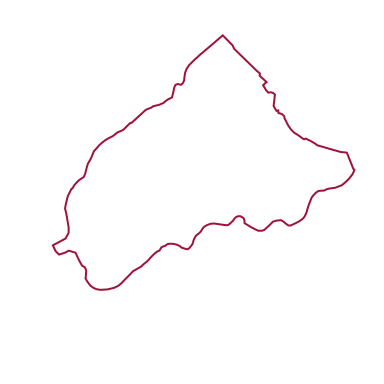 Al-Qardaha, Lattakia, Syria, rotated 317°
{"feature_id": "27442178B45607569668873", "entity_name": "Al-Qardaha", "entity_type": "district", "adm_level": 2, "iso_a3": "SYR", "parent_name": "Syria", "parent_adm1": "Lattakia", "projection": "equal_earth", "projection_center": [36.094, 35.442], "detail": "fine", "context": "isolated", "style": "outline", "palette": "rose", "viewbox_px": 384, "rotation_deg": 317, "n_neighbors": 0, "source": "geoboundaries", "source_scale": "gbopen_adm2", "svg_char_len": 3090}
<svg xmlns="http://www.w3.org/2000/svg" viewBox="0 0 384 384"><g transform="rotate(317 192 192)"><path d="M321.3,98.4L301.6,97.6L292.0,97.1L282.9,97.0L276.0,97.3L271.4,98.5L268.3,100.1L266.9,101.2L265.2,102.5L262.5,104.9L259.8,106.1L257.1,106.1L255.0,103.1L252.8,102.4L249.9,103.7L246.4,106.3L241.8,109.2L237.6,107.9L234.5,107.5L231.9,107.4L227.3,105.8L222.4,102.9L219.7,102.5L215.5,100.8L214.0,100.4L205.2,100.3L194.9,100.2L193.8,99.4L190.1,99.5L184.6,99.7L182.7,99.3L180.4,98.4L178.1,97.6L172.0,97.1L168.2,95.9L164.0,95.0L159.9,94.6L156.0,94.5L152.6,94.9L148.0,95.3L141.1,98.5L134.9,100.4L131.0,102.8L126.0,106.0L122.9,107.2L117.6,106.3L112.5,106.5L109.8,106.9L107.8,107.7L105.6,107.6L98.2,110.4L90.9,115.2L87.8,117.6L85.8,121.3L83.5,124.9L79.5,130.9L77.6,133.8L73.9,137.7L67.8,139.8L53.9,136.1L51.9,142.3L52.1,147.1L57.5,149.7L61.9,150.9L65.4,156.9L64.0,161.3L63.5,162.6L63.3,163.5L62.4,166.5L61.3,171.1L62.3,173.6L61.8,175.6L60.6,177.8L57.8,180.4L55.2,182.6L54.4,185.7L53.8,191.0L54.6,195.0L55.8,197.9L58.5,201.3L58.8,201.5L64.0,205.8L70.0,209.1L74.0,210.3L77.7,210.6L80.9,210.4L82.0,210.4L82.4,210.3L82.7,210.3L83.5,210.3L92.5,209.9L94.8,209.7L96.9,210.2L100.8,211.1L103.5,211.8L107.5,211.8L111.0,212.1L113.3,212.1L116.9,211.7L122.5,211.5L125.9,211.8L127.7,212.5L128.8,212.5L132.1,211.6L134.0,212.3L136.1,213.2L137.3,213.2L138.8,213.5L140.6,214.8L143.1,217.3L145.1,220.4L146.3,223.5L146.3,225.3L146.9,226.4L148.6,229.4L149.9,231.0L151.3,231.2L153.8,231.0L156.8,230.4L161.0,228.0L164.8,226.7L166.7,226.7L168.7,227.0L170.4,227.0L171.9,226.8L174.2,226.1L176.9,225.7L179.6,226.2L183.1,227.5L185.6,229.1L187.5,231.1L191.8,236.5L194.8,240.1L195.9,240.8L197.5,241.0L200.3,241.0L202.1,241.0L204.9,240.4L207.4,240.4L209.4,241.3L210.9,242.7L211.9,246.3L211.0,248.5L209.2,250.6L211.2,258.0L213.0,262.9L214.1,265.6L215.6,267.0L216.6,267.9L217.2,268.2L217.9,268.6L218.7,269.0L221.4,269.1L226.4,269.1L230.8,268.9L232.5,269.6L233.9,270.3L237.8,273.2L238.6,275.5L239.0,278.6L239.2,279.8L239.6,282.1L241.2,283.7L243.6,284.5L246.0,285.3L249.7,286.4L254.5,287.1L256.8,286.9L259.4,286.1L262.3,284.8L265.1,283.0L268.6,281.1L275.4,277.8L278.5,277.2L282.1,277.0L285.2,277.5L285.5,277.7L286.4,278.4L288.5,280.1L289.5,281.0L290.5,281.3L291.4,281.5L293.9,282.6L296.0,284.0L299.5,286.5L306.1,289.2L310.7,289.5L316.4,289.3L321.4,288.5L325.4,286.9L325.9,286.5L325.8,285.0L328.4,278.4L332.1,268.8L328.0,264.1L326.8,262.1L325.7,260.3L323.8,257.1L321.7,253.7L319.5,249.9L315.4,243.2L315.4,242.4L315.2,241.4L315.0,240.4L314.7,239.4L314.4,238.4L313.9,236.7L313.4,235.0L313.2,234.6L311.6,230.5L310.0,229.9L309.4,228.4L309.0,225.9L308.9,225.2L308.6,224.0L308.1,221.6L307.1,218.1L307.1,213.5L307.7,209.1L309.9,201.3L311.1,199.6L310.9,196.2L310.0,194.7L309.1,193.1L310.7,191.2L309.1,190.2L310.3,184.8L319.1,177.3L319.1,177.2L318.9,174.9L317.6,172.8L315.5,171.3L315.6,167.8L316.1,166.0L316.8,162.4L318.1,162.4L319.4,162.3L321.5,162.5L321.2,158.4L321.0,156.6L320.8,153.1L322.5,151.6L322.0,147.4L321.8,143.7L321.4,135.0L320.8,122.6L320.5,115.9L321.7,112.5L321.3,98.4Z" fill="none" stroke="#9f1239" stroke-width="2"/></g></svg>